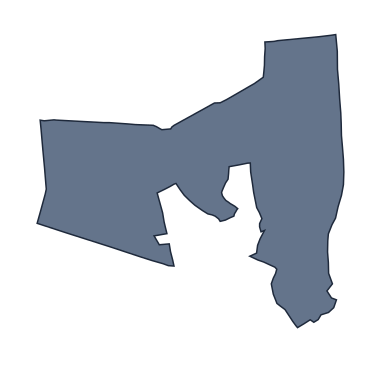 the district of Al-Mejar Al-Kabir, Maysan, Iraq, rotated 175°
{"feature_id": "34846034B74630941173951", "entity_name": "Al-Mejar Al-Kabir", "entity_type": "district", "adm_level": 2, "iso_a3": "IRQ", "parent_name": "Iraq", "parent_adm1": "Maysan", "projection": "orthographic", "projection_center": [47.287, 31.432], "detail": "fine", "context": "isolated", "style": "filled", "palette": "slate", "viewbox_px": 384, "rotation_deg": 175, "n_neighbors": 0, "source": "geoboundaries", "source_scale": "gbopen_adm2", "svg_char_len": 2269}
<svg xmlns="http://www.w3.org/2000/svg" viewBox="0 0 384 384"><g transform="rotate(175 192 192)"><path d="M106.3,335.1L106.6,328.5L107.9,320.3L108.8,311.9L109.9,305.7L111.0,300.1L113.6,298.6L120.6,294.5L125.4,292.3L127.1,291.5L149.6,281.0L156.2,278.4L161.9,278.7L164.4,277.6L188.9,266.7L194.8,264.1L198.8,262.3L204.0,260.0L206.4,258.5L207.7,256.7L209.7,256.7L211.0,256.7L214.2,256.7L216.6,256.7L218.2,257.7L221.9,260.3L223.5,261.1L224.7,261.8L228.4,262.3L234.8,263.1L242.6,264.1L249.4,265.3L268.2,268.3L273.8,268.8L320.6,275.4L323.2,275.9L333.0,275.8L337.0,276.8L336.9,268.4L336.9,246.4L336.8,228.6L336.9,212.5L336.9,207.6L338.4,202.7L345.1,184.6L349.0,174.3L320.9,162.3L279.0,144.8L248.8,131.8L237.8,127.2L227.1,123.1L222.0,120.7L216.4,119.8L217.2,126.0L218.6,134.4L219.2,142.3L226.0,142.3L229.2,142.3L233.6,151.6L228.6,152.0L225.5,152.3L220.6,152.7L221.7,159.8L222.4,164.7L223.1,173.9L225.8,188.6L226.8,194.1L219.0,197.1L213.6,199.3L209.2,201.4L207.2,201.9L204.1,196.2L203.3,194.8L200.0,189.4L195.2,183.8L192.3,180.7L190.2,178.5L183.3,172.7L178.1,168.8L173.8,167.4L171.0,165.9L167.8,162.9L166.5,160.3L161.2,161.1L156.1,163.1L152.4,164.3L151.6,166.6L150.3,168.3L148.8,170.5L147.9,171.4L150.4,173.9L152.7,175.6L155.0,177.2L156.6,178.7L159.0,180.6L160.6,183.0L162.0,185.5L162.6,188.8L162.0,190.3L160.4,193.4L157.8,198.1L155.0,201.6L154.0,206.9L153.4,210.9L152.8,214.0L142.9,214.9L138.5,215.4L134.1,215.9L131.4,215.8L131.8,206.9L131.0,194.4L130.6,186.2L128.9,170.8L126.7,165.7L124.7,159.4L127.4,154.6L127.7,151.4L126.7,146.3L123.1,147.4L128.2,139.5L131.3,133.2L133.0,125.5L140.0,123.0L132.3,118.5L126.7,116.0L121.3,112.9L116.0,109.9L114.3,107.7L115.9,103.4L118.5,99.1L121.0,93.6L119.9,83.1L118.1,77.1L117.1,73.6L114.2,70.9L109.6,66.8L104.7,57.7L103.0,54.5L100.1,49.7L98.7,47.7L91.9,51.0L85.4,54.4L82.0,51.6L77.4,53.9L74.2,58.4L66.5,60.1L60.9,64.4L57.5,72.0L62.3,74.3L66.2,81.7L60.1,88.3L63.0,99.1L62.3,109.9L62.2,120.4L61.0,131.5L59.8,138.4L55.4,147.2L51.3,153.4L47.8,164.5L46.7,167.3L43.4,175.6L40.5,186.1L39.0,198.6L38.3,211.2L38.2,224.0L38.2,235.1L37.4,247.3L36.9,257.8L36.8,271.9L36.4,286.7L36.4,301.5L35.0,319.4L35.1,336.3L39.9,336.0L52.3,335.6L93.4,335.3L96.9,334.9L98.9,334.9L102.8,335.0L106.3,335.1Z" fill="#64748b" stroke="#1e293b" stroke-width="1.5"/></g></svg>